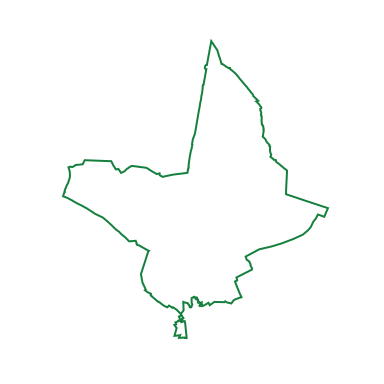 the district of Daugavpils, Daugavpils, Latvia, rotated 341°
{"feature_id": "27541924B86608938053042", "entity_name": "Daugavpils", "entity_type": "district", "adm_level": 2, "iso_a3": "LVA", "parent_name": "Latvia", "parent_adm1": "Daugavpils", "projection": "mercator", "projection_center": [26.527, 55.896], "detail": "fine", "context": "isolated", "style": "outline", "palette": "green", "viewbox_px": 384, "rotation_deg": 341, "n_neighbors": 0, "source": "geoboundaries", "source_scale": "gbopen_adm2", "svg_char_len": 5906}
<svg xmlns="http://www.w3.org/2000/svg" viewBox="0 0 384 384"><g transform="rotate(341 192 192)"><path d="M308.5,246.4L306.9,245.1L306.7,245.0L296.7,237.4L280.2,224.7L281.6,220.8L288.8,202.8L288.6,202.2L287.5,200.5L286.9,199.8L286.0,198.1L284.0,194.8L283.9,194.5L281.6,191.2L281.3,190.1L281.7,189.3L281.3,189.1L280.0,187.9L279.8,188.0L279.5,187.2L279.1,186.5L277.6,184.3L278.1,183.7L278.9,182.9L279.1,182.1L279.0,181.5L278.9,180.3L279.1,178.8L279.6,177.0L280.5,175.0L280.6,174.8L280.3,174.5L280.1,173.6L280.5,173.4L280.6,173.0L280.5,172.4L280.3,172.0L279.6,170.4L279.2,169.9L278.9,169.2L278.9,168.2L278.7,167.8L278.7,167.5L278.6,166.2L278.0,164.7L277.4,163.6L276.9,163.0L276.9,162.8L278.2,160.4L278.8,159.0L279.4,158.3L279.6,157.8L279.7,157.5L279.6,156.9L279.7,156.5L279.8,156.3L280.1,156.3L280.4,155.3L280.3,154.8L280.4,154.3L280.7,153.7L280.8,153.1L280.8,152.8L280.5,152.6L280.5,151.8L280.1,151.5L280.1,151.3L280.1,151.0L280.4,150.5L280.4,150.3L280.3,150.2L280.3,149.9L280.4,149.2L280.6,148.9L280.7,148.5L280.8,148.3L280.9,147.9L280.8,147.6L281.2,147.0L281.2,146.5L281.3,146.2L281.6,145.8L281.9,145.2L282.0,145.0L282.0,144.5L282.1,144.4L282.2,144.2L282.4,143.8L282.2,143.0L282.2,142.7L282.3,142.6L282.5,142.5L282.6,142.3L282.5,142.0L282.3,141.6L282.3,141.4L282.4,141.0L282.8,140.7L283.4,139.3L283.4,138.3L283.2,137.4L283.6,135.6L284.6,135.5L285.1,134.7L284.9,134.1L284.3,132.2L283.9,130.6L283.2,129.6L283.0,128.6L282.2,127.3L284.3,127.3L281.1,121.1L281.3,119.7L280.3,117.3L279.7,115.2L278.7,112.8L278.2,110.9L277.4,109.1L273.9,100.1L273.3,98.2L272.1,95.2L271.6,93.9L271.6,94.0L269.7,90.6L268.1,88.3L268.1,87.8L268.4,87.3L268.2,87.0L267.2,87.0L266.3,86.0L265.3,84.8L262.4,80.8L261.9,80.7L261.6,80.5L261.8,76.9L261.9,74.4L261.8,72.8L262.1,66.2L260.2,58.9L259.3,55.7L247.4,76.8L246.4,76.6L245.2,77.5L244.5,79.0L244.8,80.4L245.5,80.6L237.8,94.4L237.3,94.3L236.7,95.1L235.9,97.3L233.6,102.0L232.3,104.0L230.9,107.0L228.8,110.4L226.8,114.2L225.0,117.3L213.9,137.6L209.9,142.5L207.6,146.8L207.8,147.2L205.8,150.8L204.6,152.3L201.5,157.7L198.6,163.3L196.8,167.2L196.8,167.3L196.6,167.7L196.8,167.8L196.0,169.1L195.8,169.0L194.0,172.3L191.5,171.9L180.3,169.5L172.9,168.5L169.3,168.2L167.0,165.7L167.4,163.8L164.6,163.6L161.7,160.4L156.8,154.3L144.4,148.1L143.4,147.7L141.9,148.0L140.4,148.2L139.5,148.7L138.1,148.9L134.7,150.5L133.9,150.5L131.2,150.9L130.9,149.8L129.9,146.3L127.3,145.8L126.8,143.2L126.3,141.4L125.7,136.6L100.9,127.0L97.7,130.2L94.0,129.4L90.7,128.5L90.0,129.0L88.5,129.2L86.9,129.5L85.2,128.4L83.2,128.5L83.2,130.7L83.0,133.3L82.5,134.7L82.1,136.3L81.3,138.3L78.2,142.6L77.3,143.6L76.0,144.6L75.8,145.0L74.5,146.4L72.3,148.9L71.9,149.7L71.7,149.9L71.9,150.5L71.2,150.8L68.7,154.0L72.8,157.5L73.4,158.3L76.0,161.0L76.2,161.4L78.3,163.8L81.1,166.8L83.5,169.1L84.2,170.0L87.0,173.0L93.2,181.0L96.0,183.8L99.1,186.8L99.9,188.0L102.5,192.3L105.1,197.1L106.9,200.8L108.2,203.2L110.2,206.0L111.4,208.8L114.2,213.3L116.5,218.2L122.9,219.8L123.0,222.5L122.7,222.7L122.7,223.0L122.7,223.4L123.0,223.8L123.0,224.3L124.0,224.8L124.5,225.2L126.1,227.0L131.2,232.8L132.0,233.5L131.6,233.6L117.0,253.0L115.7,261.5L116.5,269.2L115.5,269.6L117.2,271.9L117.2,272.1L120.1,274.9L120.0,275.1L119.5,275.7L119.3,276.1L120.0,277.2L119.8,277.4L121.2,279.5L121.5,280.2L121.8,280.6L123.6,283.8L124.1,284.5L124.5,285.0L124.7,284.9L125.8,286.4L126.4,287.3L126.9,288.2L127.8,289.5L129.0,291.0L131.1,293.0L133.3,291.9L135.7,294.9L135.7,295.0L135.9,295.1L136.5,294.8L136.9,295.3L137.7,296.4L139.1,298.2L139.8,299.7L140.0,300.1L141.3,302.9L141.4,303.2L141.8,304.2L142.0,304.8L142.0,305.2L139.1,305.5L139.3,309.2L137.2,309.2L137.2,309.8L133.9,309.9L134.0,312.0L132.0,312.0L133.2,315.6L132.1,317.2L128.6,322.3L133.3,323.4L133.5,323.6L133.8,323.5L134.1,323.5L132.2,325.7L134.5,326.4L135.3,326.6L135.5,326.5L136.1,326.7L136.7,327.0L137.3,327.1L137.9,327.4L137.8,327.7L138.8,327.9L139.0,328.2L139.4,328.3L140.5,323.8L141.3,320.3L141.5,319.3L142.3,316.2L142.8,313.9L143.0,311.7L139.4,311.6L139.3,309.7L141.3,309.7L141.4,308.5L142.7,308.5L142.1,305.1L141.7,303.4L143.5,302.5L145.5,301.2L148.0,293.1L149.4,294.2L149.9,294.5L150.2,294.8L150.7,295.1L150.9,295.3L151.3,295.4L151.5,295.7L151.9,296.0L151.9,296.4L152.0,297.3L152.5,297.6L152.4,299.8L152.4,300.2L152.6,300.4L152.9,300.6L153.3,300.7L153.9,300.7L154.1,300.5L154.2,300.3L154.3,299.7L154.9,299.4L155.7,298.4L155.7,298.1L155.5,297.7L155.6,297.1L155.6,296.7L156.1,295.2L156.2,294.7L156.7,293.3L156.8,292.7L157.1,292.2L158.1,292.0L159.0,292.3L159.4,292.1L159.6,291.7L159.9,291.7L160.4,292.4L160.8,292.7L162.1,293.3L162.3,293.4L162.3,293.6L162.1,293.7L160.9,293.3L160.7,293.4L160.6,293.6L160.6,293.8L161.1,293.9L161.4,294.1L161.1,294.6L161.1,294.9L161.2,295.0L161.4,295.1L161.9,294.9L162.3,295.0L162.5,295.3L162.7,295.7L162.7,296.1L162.5,296.6L162.0,297.2L161.8,297.8L161.8,298.8L162.1,299.0L162.3,298.8L162.3,298.6L162.6,298.3L163.0,298.3L163.4,299.2L163.6,299.5L163.9,299.6L164.1,299.6L164.5,299.6L165.0,299.4L165.2,299.5L165.3,299.5L165.2,299.7L164.3,300.2L164.2,300.3L164.1,300.7L164.2,300.8L164.7,300.9L164.8,301.1L164.9,301.3L164.8,301.6L164.4,301.7L163.6,301.1L163.3,301.0L162.7,301.3L162.1,301.9L162.0,302.0L162.3,302.4L163.0,302.4L163.5,302.4L164.2,303.1L164.3,303.3L167.4,303.0L171.5,302.1L171.9,304.8L177.3,303.2L186.7,306.7L187.8,306.2L189.5,308.1L192.9,310.2L196.2,307.9L198.1,307.5L198.7,307.7L199.6,307.6L202.1,307.4L202.2,307.5L204.5,307.6L204.1,303.5L203.9,299.9L203.6,294.3L203.5,290.6L205.9,290.3L206.1,289.1L206.1,287.8L206.2,287.3L217.3,285.7L219.2,285.5L222.5,285.0L223.4,284.8L223.9,284.1L223.5,281.1L223.4,280.2L223.8,279.7L223.8,278.8L223.7,278.5L223.7,278.0L223.6,277.6L223.4,276.8L223.6,276.5L223.5,276.1L221.7,274.0L221.7,270.5L236.8,268.1L249.6,269.4L259.8,269.8L272.8,269.4L282.9,268.4L289.4,265.9L292.9,263.8L297.0,259.6L300.5,257.4L303.7,254.3L305.6,255.7L309.0,258.5L315.3,251.5L308.5,246.4Z" fill="none" stroke="#15803d" stroke-width="2"/></g></svg>